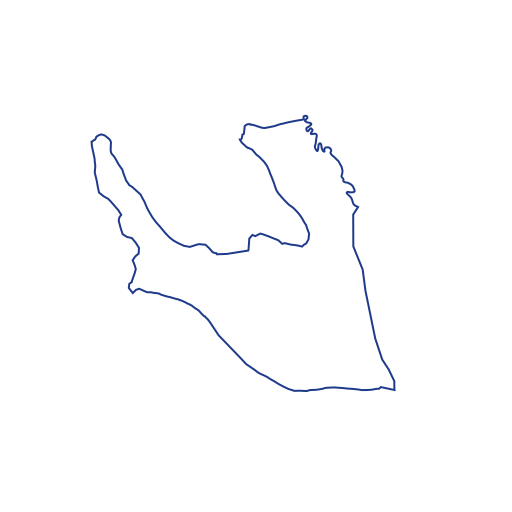 outline of Qaflat Odhar, Amran, Yemen, rotated 145°
{"feature_id": "15242507B49848325615271", "entity_name": "Qaflat Odhar", "entity_type": "district", "adm_level": 2, "iso_a3": "YEM", "parent_name": "Yemen", "parent_adm1": "Amran", "projection": "equal_earth", "projection_center": [43.669, 16.289], "detail": "fine", "context": "isolated", "style": "outline", "palette": "blue", "viewbox_px": 512, "rotation_deg": 145, "n_neighbors": 0, "source": "geoboundaries", "source_scale": "gbopen_adm2", "svg_char_len": 6030}
<svg xmlns="http://www.w3.org/2000/svg" viewBox="0 0 512 512"><g transform="rotate(145 256 256)"><path d="M168.9,352.9L175.4,355.8L176.1,356.3L177.5,357.6L178.6,359.0L179.7,360.5L180.8,361.8L181.7,363.2L183.8,365.6L185.2,366.8L185.0,367.1L186.4,368.3L187.8,368.9L188.8,369.0L190.4,369.0L190.7,368.9L195.6,363.3L196.3,362.9L197.5,363.2L200.0,360.7L200.7,360.3L201.6,360.1L202.1,360.2L202.4,360.5L202.6,359.6L202.6,357.4L202.5,356.3L202.4,355.8L201.8,353.6L201.7,352.7L201.4,351.4L200.6,349.0L200.2,348.9L198.1,345.2L197.5,338.4L196.8,336.5L196.4,334.9L196.3,334.3L196.1,333.2L195.8,331.3L195.4,329.0L195.3,328.0L195.3,324.9L195.3,323.8L195.4,322.6L195.6,322.0L195.7,321.3L196.2,318.7L196.6,317.0L196.9,316.3L197.6,313.1L197.7,312.5L198.0,311.4L198.8,308.0L199.4,305.7L199.6,305.1L199.7,304.6L200.4,302.4L201.1,300.0L201.3,299.1L201.5,298.5L201.7,296.1L201.7,293.8L201.5,292.5L201.4,290.7L201.1,288.2L201.0,287.7L200.8,285.8L200.7,285.2L200.6,284.5L200.4,283.3L200.2,282.2L199.8,280.0L199.5,278.7L199.2,277.8L198.6,276.3L197.9,274.1L197.4,271.5L197.0,268.7L196.8,267.4L196.6,264.3L196.6,262.5L196.7,260.1L197.2,255.3L197.2,252.4L197.9,250.8L198.0,250.4L199.7,243.8L203.5,239.5L207.6,237.5L210.2,237.7L212.9,237.3L214.9,239.7L217.3,242.1L221.0,245.4L225.1,250.1L227.5,250.9L228.7,256.1L232.2,261.4L233.7,263.8L237.3,269.0L239.6,271.9L245.2,272.7L246.9,275.3L251.5,274.1L258.3,265.7L259.2,264.9L278.5,274.3L287.0,279.8L286.9,281.0L287.2,281.1L289.3,283.9L289.9,289.4L290.9,294.2L295.8,298.3L297.6,299.1L305.0,301.4L309.2,305.7L312.3,311.0L314.7,315.9L316.3,321.4L317.2,327.5L317.8,334.9L318.5,341.0L318.7,347.1L318.2,353.6L317.7,357.7L316.2,364.7L315.9,368.1L315.3,372.6L317.8,383.6L319.2,386.8L319.1,387.9L319.1,392.3L317.2,399.7L315.9,403.6L316.0,403.7L316.0,409.7L315.4,415.4L315.2,418.5L315.6,422.6L315.6,422.9L315.4,423.7L314.7,425.5L314.1,426.4L311.9,429.3L311.3,430.2L310.7,430.9L309.7,432.2L309.4,432.9L309.2,433.5L309.2,434.2L309.1,434.4L309.1,435.7L309.2,435.8L309.3,436.7L309.5,437.2L309.5,437.5L309.7,437.8L309.7,438.0L310.2,439.5L310.7,441.4L312.3,443.6L313.3,444.5L316.2,445.2L318.4,445.2L319.4,444.5L320.9,443.7L321.8,443.7L322.1,443.8L323.9,443.9L324.0,443.8L324.4,443.7L324.7,443.7L325.2,443.9L327.5,439.9L329.6,434.9L332.3,428.5L334.3,425.2L334.5,424.6L336.3,421.5L340.2,416.9L341.6,413.3L343.7,408.1L346.1,403.0L348.2,398.0L346.6,392.4L344.3,387.6L343.7,384.1L342.5,372.4L342.8,367.0L345.8,366.0L348.2,363.7L350.7,357.0L352.7,350.4L350.8,345.7L347.4,341.9L346.9,335.9L347.2,329.8L350.7,325.3L355.1,324.9L359.4,323.3L360.8,317.6L362.0,314.2L365.1,311.6L372.7,306.2L372.8,305.9L375.7,305.9L378.5,302.8L378.2,296.3L373.7,297.1L370.5,296.2L366.1,288.9L362.7,286.4L360.8,284.3L358.4,282.3L356.7,280.5L356.7,280.2L356.5,279.7L355.8,278.6L355.2,277.7L354.2,276.6L353.5,275.5L353.3,275.3L350.9,272.5L350.3,272.0L346.9,267.7L345.8,266.3L345.5,266.1L345.0,265.5L344.6,265.1L344.5,264.9L344.4,264.8L344.4,264.7L343.9,264.1L343.8,263.7L343.6,263.7L343.4,263.3L342.9,262.7L341.8,260.9L340.4,258.5L339.4,256.3L339.1,255.9L338.6,255.3L338.2,254.3L337.7,253.5L337.1,252.3L336.9,251.7L336.8,251.4L336.8,251.1L336.6,250.8L336.4,250.0L336.3,249.7L335.8,248.2L335.8,247.9L335.4,247.2L334.6,245.5L334.6,245.1L334.4,244.6L334.2,244.3L333.6,239.3L333.0,236.3L332.5,235.9L332.4,234.7L332.3,234.4L332.3,234.0L332.2,233.9L332.1,232.9L332.0,232.4L331.9,232.3L331.9,231.8L331.8,231.7L331.7,228.1L332.1,212.5L326.9,179.4L326.1,173.2L322.3,163.1L321.3,159.8L319.9,156.8L318.0,153.7L316.3,150.6L314.6,146.3L313.1,143.4L311.0,138.4L308.4,133.2L305.7,128.5L301.9,123.5L297.9,120.9L291.8,116.2L288.8,115.3L283.8,112.1L281.4,110.8L277.2,108.9L274.7,108.1L270.3,105.4L267.1,103.3L260.7,98.1L256.8,94.7L252.9,91.6L248.6,87.8L246.5,85.7L242.2,82.7L238.1,80.2L233.7,78.2L231.4,76.7L228.9,77.0L219.4,66.8L217.2,70.3L215.0,73.4L214.5,74.1L212.4,86.8L212.0,98.7L205.7,119.9L186.3,164.7L176.4,183.7L170.8,208.0L152.6,234.2L144.3,237.6L146.1,240.9L146.3,241.9L146.3,242.9L146.0,244.1L145.2,246.6L144.7,248.4L144.7,250.0L145.6,254.5L145.6,255.2L145.4,255.6L145.2,256.0L144.6,256.0L144.1,255.9L143.4,255.4L142.6,254.4L141.4,253.4L140.3,252.8L139.3,252.3L138.7,252.3L138.1,252.5L137.8,252.8L137.3,254.1L137.0,255.7L136.7,257.5L136.8,258.8L137.3,260.5L137.9,261.7L138.7,263.2L140.9,265.5L141.5,266.7L141.5,267.1L141.4,267.5L140.9,267.9L140.4,268.7L140.3,269.3L140.3,269.8L140.5,270.9L140.4,271.6L140.3,272.2L140.0,272.5L138.7,273.6L137.6,274.6L136.4,276.0L135.7,277.4L134.9,279.5L134.6,281.2L134.3,284.2L134.1,285.4L134.1,285.7L134.2,287.2L134.4,287.9L135.1,291.9L136.0,295.4L136.0,297.3L135.8,297.8L135.5,298.1L135.1,298.4L134.5,298.6L134.0,299.2L133.6,299.8L133.5,300.5L133.5,301.4L133.6,302.1L134.1,303.0L134.7,303.7L136.2,304.7L136.9,304.9L137.9,304.8L138.4,304.6L138.9,304.1L139.3,303.5L139.8,302.5L140.3,302.4L140.4,302.7L140.9,303.7L140.7,305.2L140.3,306.7L139.0,309.2L138.7,310.0L138.6,310.6L138.6,311.0L138.7,311.3L139.2,311.7L139.6,311.7L140.2,311.5L141.0,311.1L141.8,310.3L143.6,308.1L144.6,307.2L145.2,306.9L145.5,306.8L145.8,307.2L145.9,307.7L145.9,308.9L145.7,310.0L145.4,311.2L144.8,312.2L144.2,312.7L143.5,313.1L142.7,313.8L141.9,314.7L139.2,317.7L137.7,319.1L137.2,319.7L137.0,320.2L136.8,321.1L137.0,321.8L137.6,322.4L138.8,323.1L140.4,323.8L140.7,324.1L140.9,324.3L140.9,324.7L140.6,325.2L140.0,325.5L138.6,325.9L137.9,326.3L137.4,326.8L137.4,327.5L137.6,328.8L137.9,329.1L138.4,329.2L139.3,329.1L139.7,328.9L140.3,328.8L140.7,328.5L142.0,328.5L142.3,328.7L142.4,329.2L142.4,329.8L142.2,330.6L141.8,331.4L141.4,331.7L140.3,331.9L138.9,331.7L137.4,331.8L136.9,331.9L135.7,331.9L135.0,332.4L134.9,332.9L135.1,333.5L135.5,334.2L137.0,335.6L137.6,336.4L138.0,337.1L138.3,338.1L138.3,338.7L137.9,339.0L137.2,339.0L136.3,339.3L135.1,339.5L134.4,340.1L134.1,340.7L134.1,341.3L134.3,341.8L135.3,342.6L136.4,343.0L137.0,342.9L137.5,342.3L137.9,341.4L138.4,340.7L139.0,340.7L142.3,342.2L142.8,342.5L145.8,343.9L152.8,347.0L156.7,348.5L158.1,349.0L159.5,349.7L162.2,350.6L166.6,351.9L168.9,352.9Z" fill="none" stroke="#1e3a8a" stroke-width="2"/></g></svg>